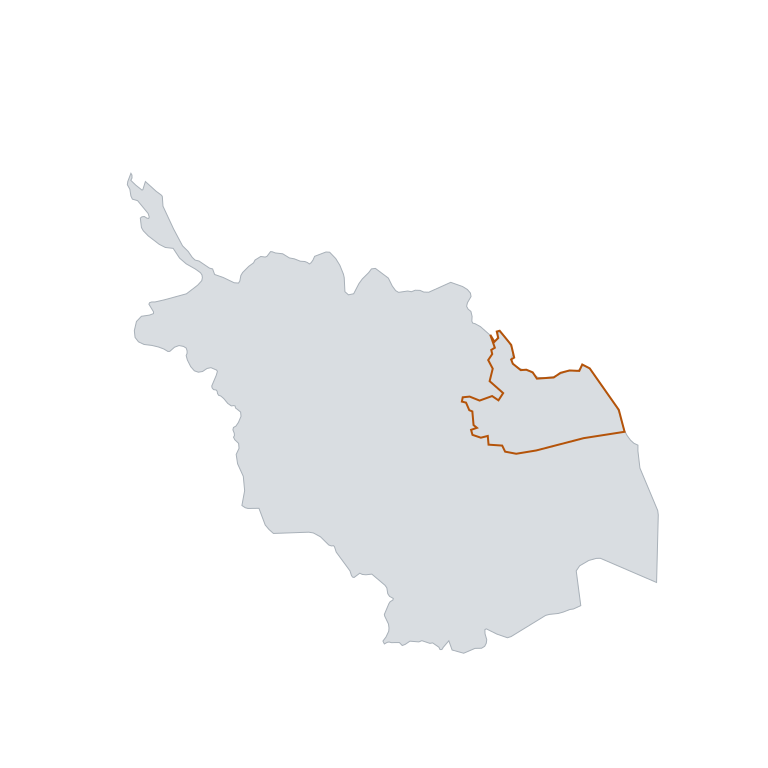 where Kandahar sits in Afghanistan, rotated 251°
{"feature_id": "AFG-1754", "entity_name": "Kandahar", "entity_type": "Province", "adm_level": 1, "iso_a3": "AFG", "parent_name": "Afghanistan", "parent_adm1": "", "projection": "orthographic", "projection_center": [66.2, 31.058], "detail": "coarse", "context": "in_parent", "style": "outline", "palette": "amber", "viewbox_px": 768, "rotation_deg": 251, "n_neighbors": 0, "source": "natural_earth", "source_scale": "10m", "svg_char_len": 4428}
<svg xmlns="http://www.w3.org/2000/svg" viewBox="0 0 768 768"><g transform="rotate(251 384 384)"><path d="M342.5,220.9L356.2,219.6L365.5,221.3L370.4,226.0L375.2,227.2L379.8,224.8L382.7,224.4L383.9,225.8L386.3,226.4L389.8,226.2L391.9,227.5L392.4,230.3L395.1,233.9L400.0,238.3L404.2,239.3L409.7,235.8L411.6,236.1L412.5,235.0L413.0,232.5L416.4,230.0L422.5,227.7L425.9,225.7L427.1,224.0L429.2,223.5L431.4,223.9L433.0,223.3L434.2,221.0L436.3,220.2L438.2,220.5L446.9,228.3L450.2,230.6L451.7,230.2L455.8,225.7L456.3,221.7L454.9,216.5L455.6,212.3L458.2,209.0L463.3,206.9L470.7,205.9L475.3,206.2L477.1,207.8L479.4,208.6L482.3,208.7L484.8,206.7L487.1,202.7L487.0,197.9L484.6,192.1L485.1,190.3L488.8,187.2L492.5,182.7L496.1,177.0L499.5,170.0L503.8,165.6L509.1,163.8L515.7,165.3L523.7,170.3L527.0,176.7L525.5,184.6L525.6,188.9L527.2,189.6L536.0,187.7L537.2,188.8L537.2,191.0L536.1,194.3L535.1,203.6L533.6,226.6L538.1,240.0L541.0,245.3L543.7,246.9L546.4,247.4L549.0,246.7L554.2,243.0L562.0,236.1L569.6,231.7L580.9,228.8L584.3,221.7L589.3,216.9L600.8,209.3L607.2,206.3L610.9,205.6L620.2,207.6L620.9,209.6L620.4,211.9L617.9,213.9L617.2,215.4L618.3,216.4L622.0,216.5L637.6,210.7L640.7,206.3L644.1,205.9L650.9,207.1L656.0,206.2L658.9,207.7L665.6,213.3L663.6,213.7L660.8,212.8L659.0,210.9L652.9,214.0L646.1,218.3L646.3,219.3L653.1,224.3L640.4,231.3L634.7,235.2L633.3,235.4L624.1,232.9L599.1,235.5L580.2,238.5L573.1,242.0L566.2,243.9L562.7,245.7L560.5,249.1L550.4,256.7L548.6,259.4L542.7,259.5L537.0,266.7L528.5,275.3L526.8,279.3L528.3,281.2L533.2,284.0L535.5,286.7L539.3,294.5L541.0,300.1L543.2,302.4L544.7,309.0L542.7,313.0L542.8,314.9L546.1,319.8L545.4,321.4L543.3,323.9L540.1,330.6L534.0,335.6L531.5,340.0L527.3,344.9L525.6,349.0L523.7,351.2L521.8,352.5L522.4,354.6L524.3,357.2L527.3,360.0L527.7,372.1L526.3,375.5L518.3,379.2L510.6,380.9L501.1,381.4L497.5,381.0L484.0,377.1L479.9,379.4L479.2,384.7L487.1,393.0L490.4,397.7L494.2,405.6L496.9,409.6L496.1,413.5L482.7,422.6L474.0,423.7L468.5,425.4L465.9,427.6L464.2,436.7L462.3,440.0L462.5,444.0L460.8,448.5L458.0,451.5L456.2,456.2L458.4,480.2L450.6,490.0L446.2,493.6L441.9,495.3L438.4,494.8L433.7,489.4L430.6,487.4L427.4,487.9L424.3,489.8L419.2,489.3L414.8,487.5L412.7,487.7L411.4,489.7L406.8,493.9L395.5,500.3L390.9,500.8L388.9,502.4L389.7,505.0L391.8,507.0L395.4,508.5L395.6,510.2L389.8,513.5L383.9,515.6L377.0,516.5L369.9,515.4L366.3,512.6L362.0,512.4L358.1,514.4L354.0,517.8L348.4,526.3L340.2,531.5L338.1,536.8L335.7,546.2L336.4,560.1L335.5,566.3L333.6,570.4L334.0,573.5L336.8,577.2L335.7,579.5L333.3,582.1L331.1,583.6L285.6,596.7L278.1,597.0L274.3,596.4L261.4,596.2L256.0,597.1L250.6,598.8L246.6,601.0L243.5,604.2L238.1,602.3L221.2,598.6L175.2,601.6L170.9,600.7L107.6,577.1L148.8,531.8L150.0,527.9L150.5,520.2L148.4,509.8L144.7,504.9L110.4,497.9L109.6,489.9L110.3,486.3L110.0,479.4L110.3,474.1L112.3,465.4L112.6,461.5L103.8,421.9L103.9,418.1L110.7,409.4L119.2,401.0L118.9,399.4L114.9,398.2L108.8,397.9L105.6,396.3L103.2,393.8L102.4,390.2L104.4,384.0L103.5,371.7L110.3,361.8L120.1,361.7L115.5,353.9L114.5,353.1L114.2,351.8L114.7,350.5L117.3,350.2L123.4,345.7L123.8,343.0L129.0,336.2L128.8,333.0L132.4,324.8L130.9,319.2L130.8,316.1L134.5,314.4L137.1,306.7L138.4,304.8L138.7,302.9L138.1,299.7L141.3,299.3L144.1,303.5L148.7,308.0L151.7,309.3L155.6,310.1L164.2,309.1L166.0,309.3L174.7,317.1L176.2,319.0L176.8,322.0L178.2,323.0L181.4,320.1L184.5,319.3L190.3,320.3L193.4,319.4L208.2,310.6L209.5,304.8L211.0,301.5L213.0,299.5L210.8,292.7L211.7,291.4L213.6,290.9L218.4,291.0L240.6,284.1L246.3,284.2L247.6,283.6L248.0,281.6L249.7,279.4L260.2,274.2L266.2,268.7L268.4,264.6L278.7,230.8L283.9,227.9L289.3,225.8L307.2,225.3L310.6,214.9L312.2,212.5L315.4,210.1L328.5,217.5L342.5,220.9Z" fill="#d9dde1" stroke="#a8b0b8" stroke-width="1"/><path d="M395.9,500.5L388.0,502.2L390.3,507.0L396.9,507.7L396.7,510.7L379.5,517.0L366.6,515.7L365.8,512.2L361.2,512.4L352.6,517.8L351.2,523.2L346.6,528.4L339.3,530.3L334.9,546.6L337.1,554.5L336.4,563.8L332.8,572.9L337.9,577.8L331.8,583.6L283.1,597.6L260.5,595.9L267.8,555.1L271.6,506.3L275.0,486.3L280.6,476.5L287.3,475.7L292.6,463.1L301.1,465.2L301.7,458.1L307.1,451.1L312.3,451.4L312.3,457.6L316.0,455.3L329.3,458.6L331.5,456.1L339.7,455.5L342.0,451.9L345.8,454.1L344.2,460.9L337.2,469.0L337.4,482.3L331.3,486.9L336.6,493.7L352.3,484.8L363.1,491.8L372.7,490.3L377.1,496.1L381.3,496.5L382.2,500.6L395.9,500.5Z" fill="none" stroke="#b45309" stroke-width="2"/></g></svg>